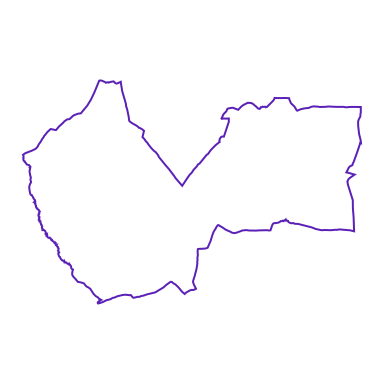 Chemba, Dodoma, United Republic of Tanzania (Mercator projection)
{"feature_id": "72390352B30961702846084", "entity_name": "Chemba", "entity_type": "district", "adm_level": 2, "iso_a3": "TZA", "parent_name": "United Republic of Tanzania", "parent_adm1": "Dodoma", "projection": "mercator", "projection_center": [35.501, -5.27], "detail": "fine", "context": "isolated", "style": "outline", "palette": "violet", "viewbox_px": 384, "rotation_deg": 0, "n_neighbors": 0, "source": "geoboundaries", "source_scale": "gbopen_adm2", "svg_char_len": 5849}
<svg xmlns="http://www.w3.org/2000/svg" viewBox="0 0 384 384"><path d="M196.0,288.8L193.9,284.6L193.0,281.9L193.3,280.3L194.6,276.3L196.4,269.4L197.4,263.6L197.2,262.9L197.5,260.1L197.4,258.0L197.9,254.5L197.7,253.6L197.6,250.7L197.9,249.1L198.8,248.9L205.1,248.6L207.6,247.8L210.5,241.2L212.8,233.8L213.9,231.3L215.3,229.2L216.3,227.2L217.7,225.3L218.0,225.1L218.8,225.2L219.5,225.8L221.8,227.0L225.9,229.8L230.3,231.7L231.8,232.6L233.4,233.0L234.6,233.1L236.7,232.6L240.6,231.2L242.2,230.5L246.2,230.1L249.3,230.5L256.3,230.6L258.2,230.4L266.7,230.2L269.4,230.5L270.5,230.3L272.1,225.5L272.7,224.2L273.6,223.3L278.1,222.7L279.6,222.1L280.7,221.1L282.1,221.1L282.8,220.7L283.2,221.1L283.7,221.1L284.4,220.3L285.0,220.4L285.6,219.7L285.7,220.3L285.9,220.5L286.1,220.1L288.0,220.9L288.0,221.3L288.6,222.1L290.3,223.0L291.9,223.3L293.2,223.0L294.8,223.8L298.0,223.9L311.8,227.4L315.8,229.0L321.5,230.2L325.1,230.0L330.8,230.2L335.2,229.8L337.4,229.8L339.2,229.4L350.1,230.3L354.1,231.3L353.6,217.0L352.9,208.6L352.8,200.2L347.9,184.6L347.4,181.4L348.6,179.0L350.0,177.8L354.6,174.6L348.0,172.7L346.4,172.4L348.8,167.6L350.1,166.2L351.8,165.5L352.5,165.0L352.7,163.8L353.7,161.8L357.2,152.2L359.7,144.8L360.2,142.8L361.0,143.2L360.7,140.5L359.1,133.9L358.2,126.2L358.1,122.2L358.1,121.5L358.9,119.1L360.3,116.6L360.5,113.6L360.8,112.6L360.8,107.0L351.7,106.9L345.7,107.3L343.7,106.9L336.9,106.9L328.6,106.5L325.5,106.8L319.8,107.0L317.7,106.6L313.4,106.4L311.3,106.8L308.8,107.9L304.5,108.4L300.8,109.2L297.2,110.7L296.5,110.0L294.5,106.6L291.0,103.3L289.1,98.8L289.1,98.2L286.1,98.0L277.5,98.1L274.6,97.9L274.3,99.0L273.3,100.6L267.0,106.9L265.7,107.3L265.0,106.7L263.3,106.9L262.6,106.6L262.2,106.8L261.7,107.3L261.3,107.4L260.7,107.3L260.3,108.2L259.7,108.9L258.3,108.6L257.6,108.1L256.4,106.8L252.4,103.5L251.0,103.0L247.8,102.8L243.7,104.8L241.5,106.4L238.2,109.8L233.0,107.8L232.1,107.8L229.4,108.2L227.4,108.8L226.4,111.2L223.6,114.1L221.5,118.5L221.7,118.8L222.1,118.8L223.6,118.5L226.0,118.6L228.8,118.5L228.8,121.9L223.9,136.6L222.1,136.5L221.0,137.1L219.8,138.8L219.3,141.3L219.7,141.9L215.9,144.9L211.0,149.8L207.9,154.1L206.6,154.9L199.6,163.5L197.9,164.5L196.9,166.3L193.5,169.9L191.9,172.5L189.8,174.6L188.2,176.8L182.2,185.8L175.7,178.3L174.1,175.9L168.7,168.8L165.6,165.3L158.9,157.0L158.1,155.2L155.9,152.3L154.0,150.9L151.2,148.0L148.2,144.2L147.8,143.3L145.7,141.1L144.5,139.2L142.5,137.1L144.0,130.8L142.2,129.3L139.7,127.9L138.9,127.8L137.7,126.5L136.4,125.6L132.1,123.2L129.5,121.3L129.1,120.2L128.7,116.8L127.2,109.5L126.0,105.6L125.9,103.8L122.2,91.1L120.9,83.1L120.8,81.8L118.3,83.0L116.5,83.6L115.2,83.0L113.6,81.4L110.6,81.9L108.9,82.5L108.6,82.6L107.9,82.2L106.5,82.7L105.7,82.7L105.3,82.2L101.8,80.6L99.5,80.5L99.1,80.9L94.5,92.1L90.9,99.7L87.2,105.7L80.8,113.4L78.4,113.6L74.0,115.2L73.0,115.9L69.5,119.1L67.1,119.4L64.3,121.4L63.2,122.7L58.9,126.6L56.1,130.0L55.3,130.0L50.7,129.0L47.3,132.1L45.5,134.5L44.2,135.9L43.8,136.8L42.1,139.2L40.7,141.7L38.8,144.3L37.8,146.3L36.8,147.7L35.5,148.9L31.8,150.7L25.3,153.2L23.0,154.8L23.5,155.7L23.5,156.6L23.3,157.4L23.6,157.8L23.6,158.3L23.3,158.7L23.4,159.9L23.8,160.8L24.8,161.4L24.8,162.0L25.6,162.6L25.9,163.3L26.5,164.0L26.8,164.5L29.2,165.2L29.6,166.0L30.0,166.1L30.4,166.6L30.3,167.5L29.7,167.8L30.1,168.5L30.1,168.8L30.0,169.7L29.7,170.0L29.5,171.1L29.8,173.2L30.1,174.2L30.0,174.7L30.9,177.6L30.4,179.5L31.1,182.4L30.4,183.2L29.4,185.9L29.2,187.5L29.7,191.2L30.3,194.0L31.2,195.1L31.9,195.2L32.1,195.8L33.2,197.4L33.1,197.7L33.7,198.5L34.1,199.4L35.0,200.1L35.2,201.2L34.7,201.2L34.6,201.5L35.0,201.7L34.9,201.9L34.5,201.9L34.3,202.1L35.0,202.2L34.8,203.2L34.9,203.4L35.3,203.4L35.5,204.0L35.4,204.7L36.0,205.6L36.0,206.8L36.4,207.3L36.3,207.6L36.9,208.5L37.4,208.6L37.5,209.1L37.8,209.2L38.2,209.7L38.7,209.9L39.3,210.8L39.3,211.1L39.6,211.3L39.4,211.5L39.5,211.8L39.1,212.5L39.4,213.1L39.2,213.9L38.7,214.0L38.7,214.5L38.4,215.1L38.7,215.5L38.6,215.9L38.8,216.2L38.8,216.7L39.4,216.9L39.5,217.2L39.5,217.6L39.1,217.8L39.2,218.3L38.9,218.8L39.1,219.2L38.8,219.9L39.7,220.3L39.4,221.3L39.7,221.6L40.2,221.6L40.0,222.0L40.7,222.8L40.8,223.5L41.2,224.2L41.1,224.6L41.6,224.9L41.7,225.7L42.2,226.4L41.8,227.3L41.9,227.9L42.6,228.7L42.3,229.6L42.4,230.1L43.9,230.0L44.3,230.5L45.2,231.0L45.9,232.9L45.6,233.5L46.9,233.6L46.8,233.9L46.0,233.9L46.0,234.1L47.2,234.8L47.2,235.1L46.5,235.3L46.3,235.6L46.4,236.0L47.4,236.7L47.8,237.3L48.6,237.9L49.6,237.6L50.5,238.2L50.6,238.9L51.4,239.4L51.1,239.6L51.3,240.0L52.1,240.1L52.4,241.0L53.9,241.7L54.3,242.7L55.3,242.4L55.6,242.6L55.3,243.8L55.8,244.0L56.2,244.5L56.7,244.5L56.1,245.3L56.9,245.9L57.3,246.6L57.9,246.9L57.8,247.8L58.6,248.4L58.4,250.0L58.0,250.6L58.6,251.2L58.8,252.2L59.1,252.4L58.8,252.8L58.4,252.8L58.3,253.1L58.6,253.3L58.4,254.3L59.0,256.1L59.4,256.7L60.0,257.0L60.3,257.5L60.4,258.4L61.0,259.3L61.6,259.6L62.3,260.6L62.6,260.7L63.1,260.6L63.8,260.9L64.1,261.6L64.3,261.1L64.8,262.1L65.4,262.2L65.9,262.7L66.5,262.6L67.1,263.5L67.8,263.8L68.8,263.6L68.6,264.3L68.8,264.5L69.7,264.4L70.2,264.8L70.3,265.5L71.0,266.1L71.3,268.3L72.1,269.1L73.0,269.6L72.9,270.1L72.4,271.1L72.5,271.9L72.2,272.5L72.2,274.8L73.4,276.8L74.9,278.3L77.9,281.9L80.4,282.3L83.8,283.3L86.3,286.4L88.7,287.6L90.4,289.0L93.7,294.1L96.0,296.3L97.8,297.3L99.2,298.8L101.2,299.9L100.8,300.1L99.8,299.9L99.4,300.0L99.5,301.1L97.9,302.2L97.7,302.8L97.9,303.4L98.1,303.5L98.9,303.2L99.8,303.1L103.0,302.0L106.5,300.2L110.2,299.3L112.7,297.9L115.2,297.3L117.2,296.3L122.6,295.0L125.4,294.7L129.7,295.2L130.8,295.0L132.7,297.4L133.1,297.5L133.6,297.8L137.9,296.8L139.7,296.8L140.7,296.2L144.2,295.4L146.9,294.4L155.2,292.4L163.5,287.4L166.0,285.1L170.6,281.8L171.8,281.9L173.4,283.3L175.5,284.5L178.3,287.2L182.2,291.9L184.7,294.0L186.2,292.5L190.2,290.3L191.5,289.9L193.5,290.0L196.0,288.8Z" fill="none" stroke="#5b21b6" stroke-width="2"/></svg>